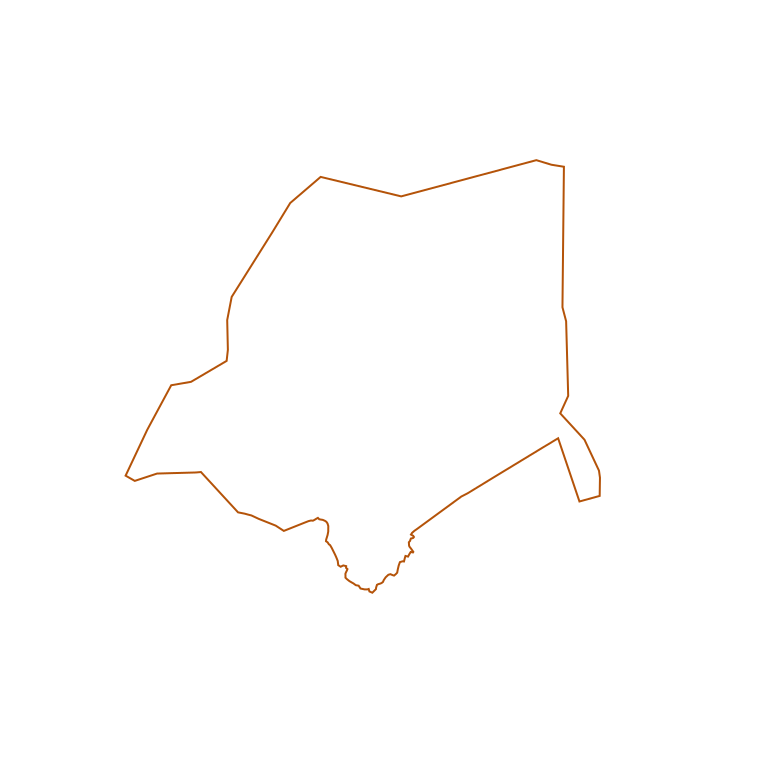 San Miguel Ahuehuetitlán, Oaxaca, Mexico (Albers equal-area conic projection), rotated 328°
{"feature_id": "50627088B72603284023159", "entity_name": "San Miguel Ahuehuetitlán", "entity_type": "district", "adm_level": 2, "iso_a3": "MEX", "parent_name": "Mexico", "parent_adm1": "Oaxaca", "projection": "albers", "projection_center": [-98.356, 17.679], "detail": "fine", "context": "isolated", "style": "outline", "palette": "amber", "viewbox_px": 768, "rotation_deg": 328, "n_neighbors": 0, "source": "geoboundaries", "source_scale": "gbopen_adm2", "svg_char_len": 1882}
<svg xmlns="http://www.w3.org/2000/svg" viewBox="0 0 768 768"><g transform="rotate(328 384 384)"><path d="M440.0,174.8L400.4,180.8L370.0,196.0L309.1,225.5L301.0,229.4L284.9,246.7L269.7,272.3L262.8,281.0L221.5,279.9L202.9,272.3L158.9,297.4L116.3,324.8L121.3,334.1L144.1,339.7L158.1,347.9L162.5,350.5L177.5,359.3L181.8,361.5L182.1,361.6L192.2,415.5L197.2,420.2L199.5,422.7L201.9,425.2L206.3,432.0L217.1,446.7L221.2,455.5L243.2,459.5L247.4,460.3L249.8,461.1L251.2,462.2L251.7,462.3L253.1,462.4L255.1,462.4L257.0,462.5L257.4,464.4L258.5,465.4L260.1,466.8L261.5,468.9L262.1,470.3L262.2,472.3L261.5,474.9L258.5,479.6L256.1,482.2L252.5,485.3L251.5,486.6L252.3,488.4L252.3,490.7L252.9,492.1L252.8,495.4L252.3,500.6L252.1,502.7L251.7,505.6L251.0,509.5L249.2,513.4L250.4,516.0L253.3,516.3L255.4,518.4L254.4,519.8L254.9,521.6L253.7,522.5L251.9,523.6L250.7,524.5L249.6,526.4L248.7,527.8L249.1,529.7L250.2,532.8L251.5,535.3L252.5,537.1L252.8,538.0L253.5,539.7L255.6,541.6L255.7,545.0L258.8,548.0L261.1,549.4L262.4,549.7L261.7,552.2L263.5,554.8L268.4,553.7L269.5,552.4L271.6,550.6L273.0,550.7L275.1,551.3L276.5,551.5L278.3,551.3L279.8,550.2L283.0,548.8L286.6,548.1L288.7,548.7L289.7,550.2L290.4,551.1L291.0,551.8L293.2,551.5L295.2,551.0L297.3,548.7L300.2,545.8L303.1,543.5L305.8,544.2L306.9,545.1L309.9,542.2L311.1,541.2L312.9,543.1L315.4,541.7L317.6,540.6L319.3,542.2L319.9,541.9L319.7,538.1L319.4,535.3L319.7,534.2L321.2,531.4L323.1,530.8L323.9,530.0L324.9,529.3L326.3,529.8L327.3,530.0L328.3,529.6L328.3,528.2L327.5,526.8L327.1,526.0L329.0,525.1L332.1,524.6L334.4,524.5L335.9,524.4L390.1,520.4L390.9,520.5L397.0,521.0L427.2,521.3L484.5,522.0L502.9,522.3L490.6,574.1L487.5,587.2L507.6,593.2L517.5,577.9L520.4,571.4L524.5,537.5L517.9,502.3L533.9,491.7L571.7,427.3L576.0,413.5L651.7,295.1L642.2,286.8L631.8,274.9L498.0,234.0L440.0,174.8Z" fill="none" stroke="#b45309" stroke-width="2"/></g></svg>